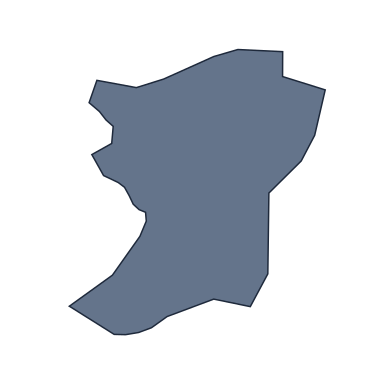 map outline of Domžale (orthographic projection), rotated 189°
{"feature_id": "SVN-205", "entity_name": "Domžale", "entity_type": "Municipality", "adm_level": 1, "iso_a3": "SVN", "parent_name": "Slovenia", "parent_adm1": "", "projection": "orthographic", "projection_center": [14.641, 46.152], "detail": "fine", "context": "isolated", "style": "filled", "palette": "slate", "viewbox_px": 384, "rotation_deg": 189, "n_neighbors": 0, "source": "natural_earth", "source_scale": "10m", "svg_char_len": 603}
<svg xmlns="http://www.w3.org/2000/svg" viewBox="0 0 384 384"><g transform="rotate(189 192 192)"><path d="M115.9,203.0L104.3,123.0L116.5,87.9L153.8,89.6L197.1,65.1L210.8,51.6L222.7,44.9L235.3,40.7L246.6,39.2L295.3,60.0L257.6,97.4L236.5,140.1L232.6,156.1L234.7,164.7L241.5,166.3L248.1,170.7L253.5,178.6L259.4,186.1L266.3,189.8L281.9,194.4L296.8,213.3L278.9,227.4L280.1,244.5L288.2,249.7L296.0,257.0L307.6,264.1L303.4,287.4L263.3,286.4L237.7,299.1L191.7,329.2L169.0,339.9L124.4,344.8L120.6,320.2L76.4,313.7L79.7,267.2L89.0,239.7L115.9,203.0Z" fill="#64748b" stroke="#1e293b" stroke-width="1.5"/></g></svg>